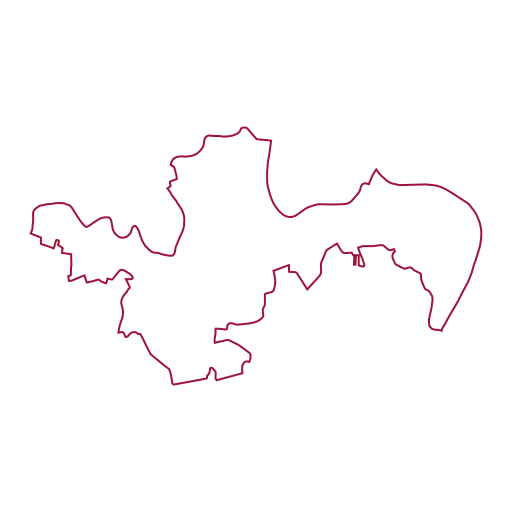 the district of My Loc, Nam Định, Vietnam
{"feature_id": "81297802B55456276640785", "entity_name": "My Loc", "entity_type": "district", "adm_level": 2, "iso_a3": "VNM", "parent_name": "Vietnam", "parent_adm1": "Nam Định", "projection": "natural_earth1", "projection_center": [106.125, 20.455], "detail": "fine", "context": "isolated", "style": "outline", "palette": "rose", "viewbox_px": 512, "rotation_deg": 0, "n_neighbors": 0, "source": "geoboundaries", "source_scale": "gbopen_adm2", "svg_char_len": 6063}
<svg xmlns="http://www.w3.org/2000/svg" viewBox="0 0 512 512"><path d="M30.7,233.5L40.9,237.5L40.9,243.3L41.0,243.9L49.5,246.8L53.7,248.4L54.5,246.0L55.7,241.5L56.3,240.1L57.2,240.0L58.5,240.4L58.9,241.0L58.9,241.9L57.9,244.9L59.9,246.0L62.7,248.2L62.2,250.6L62.0,252.9L71.1,254.2L71.4,264.8L71.0,268.5L70.9,274.8L70.8,275.2L70.2,275.5L68.3,276.1L68.7,279.7L68.9,280.7L69.1,281.0L71.7,280.6L74.0,279.7L81.2,276.6L84.4,275.5L86.8,282.5L90.0,281.9L98.6,279.5L101.6,281.7L106.1,283.3L107.6,278.6L110.7,279.3L111.9,279.5L112.6,279.3L115.4,275.6L117.8,272.7L119.9,270.4L120.6,270.0L122.0,269.8L123.8,270.2L128.6,273.1L130.5,274.4L131.6,275.6L132.6,277.0L132.8,278.0L132.4,278.6L131.2,279.2L130.5,279.3L125.9,279.1L129.6,286.7L129.8,287.4L129.7,288.0L128.5,289.0L126.3,292.4L124.0,295.0L122.3,297.9L121.5,300.3L121.2,302.2L121.3,303.3L123.0,310.7L123.0,313.7L122.6,316.8L119.8,325.4L119.0,328.5L118.4,332.7L121.4,332.1L122.6,332.2L123.3,332.5L123.7,333.0L125.6,337.0L126.8,336.8L127.6,336.5L130.2,333.6L132.1,332.3L134.7,332.1L136.2,332.5L138.0,333.9L140.4,334.1L143.4,339.7L147.4,348.1L150.9,354.5L163.8,365.1L169.1,369.1L170.2,372.0L171.1,375.7L172.3,383.0L173.1,384.2L173.5,384.5L173.9,384.5L189.5,381.7L206.5,378.5L206.9,378.2L207.0,377.9L207.0,376.1L207.2,375.7L208.5,374.3L209.3,373.2L210.2,368.4L210.5,368.0L211.2,367.7L212.2,367.9L215.4,371.4L215.7,373.0L215.5,376.8L215.7,378.6L215.9,379.3L216.7,380.2L242.4,373.2L242.1,368.7L242.3,365.8L242.7,364.9L243.5,363.3L244.1,362.6L245.7,361.5L247.1,361.4L249.2,361.9L250.4,358.6L250.5,354.6L250.2,353.9L249.6,353.1L248.6,352.3L238.9,345.1L229.0,340.2L227.9,340.0L227.1,340.0L214.8,342.8L214.6,340.7L214.7,338.7L215.5,333.5L215.5,329.5L215.6,328.7L218.0,328.7L226.0,329.5L226.4,329.3L227.0,328.7L227.4,325.5L227.9,324.5L229.3,323.4L230.0,323.2L231.9,323.3L233.5,323.6L235.4,324.4L237.5,324.7L244.6,324.0L249.2,323.4L253.3,322.7L257.1,321.4L259.4,320.1L261.7,318.2L262.8,317.0L263.2,316.3L263.3,315.4L262.8,311.1L262.8,309.4L263.1,308.5L264.6,305.7L264.8,304.7L264.9,303.5L264.9,294.5L265.1,294.0L265.5,293.6L271.3,292.2L272.5,291.6L273.6,290.4L274.0,289.5L274.3,288.3L275.1,283.9L275.3,280.5L274.6,275.6L273.5,270.7L274.3,270.6L277.0,269.5L288.9,265.1L289.0,265.9L289.0,271.7L289.8,271.9L295.2,272.1L296.5,272.8L297.4,274.0L307.3,289.4L318.5,277.0L320.3,274.8L320.9,273.2L321.1,271.9L320.9,264.0L321.6,261.6L325.1,253.6L325.8,251.5L326.2,250.8L327.0,249.9L333.6,245.6L337.0,243.6L341.4,250.9L342.8,252.4L343.9,253.0L345.3,253.1L350.3,252.7L351.6,252.8L351.9,252.9L352.7,254.6L353.2,255.2L354.4,255.2L353.9,264.7L355.4,264.7L355.9,255.2L358.7,255.3L358.7,265.2L358.9,265.5L362.1,266.5L363.2,266.5L363.7,266.4L364.1,265.9L364.4,264.7L362.6,259.3L360.1,253.5L358.1,247.7L360.9,246.7L363.1,246.1L373.8,246.1L378.7,245.3L381.5,245.1L382.5,245.2L384.1,246.0L388.0,249.4L389.5,250.1L391.1,250.2L393.7,249.1L394.0,249.1L394.9,251.5L393.7,252.5L392.6,254.3L392.4,256.4L392.8,258.6L393.2,259.5L395.2,263.7L395.7,264.3L396.8,265.0L401.8,267.6L404.4,268.7L404.8,268.8L408.5,267.6L410.7,267.4L411.6,268.0L413.9,270.0L414.9,270.7L419.6,273.0L420.8,273.9L421.0,274.7L421.1,278.0L421.4,280.3L423.7,286.0L425.0,288.9L429.0,291.1L430.9,293.9L432.2,296.4L432.4,297.5L432.5,300.2L431.5,307.9L429.3,317.8L428.9,320.2L429.0,323.1L429.2,324.9L429.7,326.3L430.6,327.5L432.2,328.9L434.8,329.7L440.9,330.3L441.5,330.8L442.2,328.6L445.0,324.0L448.5,317.4L458.6,300.2L461.6,293.9L467.7,282.6L469.6,278.1L471.8,272.5L474.1,264.1L475.4,260.9L479.1,249.1L480.0,245.8L480.6,242.0L481.2,236.7L481.3,233.0L481.2,230.1L480.8,227.6L479.8,223.1L479.1,221.0L476.1,213.9L472.8,209.2L469.4,204.8L467.5,203.1L452.6,193.3L445.0,188.9L440.9,187.0L436.9,185.7L432.8,185.1L425.9,184.4L400.1,185.1L397.6,184.7L392.3,183.5L389.7,182.5L387.2,180.9L381.3,175.8L378.6,172.8L376.3,169.4L375.3,170.7L372.5,175.5L369.5,182.4L369.0,184.2L365.4,183.3L364.4,183.4L363.6,183.6L362.4,184.3L361.5,185.5L360.9,186.8L359.9,190.4L359.1,192.1L357.8,193.8L351.7,200.9L350.0,202.3L348.8,203.0L346.7,203.7L344.1,204.1L340.0,204.3L333.2,204.5L318.4,204.2L314.6,205.1L308.1,207.3L306.2,208.3L304.3,209.5L296.8,214.9L294.9,216.0L292.9,216.7L291.1,217.0L287.8,216.8L284.5,215.6L282.8,214.5L279.0,211.0L275.4,206.4L273.8,203.9L271.9,199.9L270.9,197.2L269.7,193.6L267.7,185.8L267.3,183.4L267.1,178.7L267.1,171.9L267.6,165.9L267.8,163.1L269.4,153.4L271.1,140.6L258.0,139.3L256.5,139.0L247.0,128.1L245.3,127.5L243.0,127.6L241.1,128.4L240.0,131.0L239.6,131.7L238.1,133.1L235.5,134.5L232.7,135.5L231.2,135.9L227.6,136.4L223.7,136.6L221.9,136.5L220.2,136.0L214.5,136.0L210.1,135.6L208.2,135.6L207.1,136.1L205.5,137.3L205.1,137.9L204.3,140.2L203.6,145.1L203.4,145.9L202.8,147.0L202.0,148.4L200.5,150.3L197.3,153.4L195.5,154.4L192.2,155.7L186.1,156.7L185.1,156.5L179.8,156.4L176.5,157.1L175.6,157.5L174.1,158.4L173.4,159.0L172.4,160.3L171.3,162.7L170.7,165.0L173.2,166.3L173.9,166.9L174.3,167.6L175.1,170.3L176.5,176.0L176.8,179.0L170.0,181.6L170.0,183.2L170.7,185.8L168.5,187.8L167.4,188.4L170.3,192.3L171.7,195.0L173.3,197.3L175.8,200.3L177.5,203.2L181.7,209.5L183.2,213.2L183.8,215.3L184.3,217.9L184.3,219.7L184.1,225.5L183.3,228.9L182.3,231.9L180.1,236.5L175.7,247.1L174.8,252.2L174.4,253.6L173.0,255.3L172.5,255.7L169.0,255.7L163.5,254.7L157.9,252.9L154.6,252.7L152.8,252.3L151.1,251.4L148.8,249.5L145.5,246.1L144.7,245.1L142.1,240.5L140.7,236.8L138.9,231.3L138.1,229.5L136.7,227.2L135.7,226.2L135.2,226.0L134.3,226.0L133.8,226.2L132.8,227.1L132.0,228.4L131.2,231.3L130.5,233.2L128.5,235.3L126.5,236.8L124.3,237.5L122.8,237.7L120.7,237.6L119.1,237.0L116.5,235.1L114.6,232.9L113.9,231.8L113.0,229.9L112.7,229.1L112.0,224.5L111.0,220.0L110.3,218.7L109.7,218.0L109.1,217.6L108.2,217.4L105.4,217.3L104.1,217.4L101.3,218.1L98.4,219.5L93.5,222.6L88.8,226.0L86.9,226.9L86.0,226.9L85.5,226.7L84.1,225.4L81.0,221.8L78.2,217.7L71.7,207.5L70.4,206.1L69.0,205.2L63.8,203.3L58.8,203.0L56.4,203.1L51.1,203.9L48.1,204.1L44.2,204.8L41.5,205.6L40.3,205.4L36.1,208.2L34.0,210.1L33.3,212.0L33.0,214.4L33.2,218.9L33.0,222.4L32.6,225.0L32.4,229.0L30.7,233.5Z" fill="none" stroke="#9f1239" stroke-width="2"/></svg>